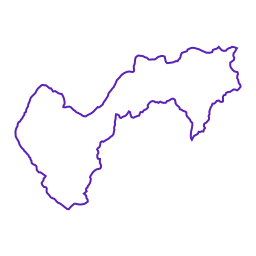 the district of Santa Bárbara, Minas Gerais, Brazil
{"feature_id": "56859067B69434918593037", "entity_name": "Santa Bárbara", "entity_type": "district", "adm_level": 2, "iso_a3": "BRA", "parent_name": "Brazil", "parent_adm1": "Minas Gerais", "projection": "mercator", "projection_center": [-43.456, -20.054], "detail": "fine", "context": "isolated", "style": "outline", "palette": "violet", "viewbox_px": 256, "rotation_deg": 0, "n_neighbors": 0, "source": "geoboundaries", "source_scale": "gbopen_adm2", "svg_char_len": 5034}
<svg xmlns="http://www.w3.org/2000/svg" viewBox="0 0 256 256"><path d="M205.1,128.0L204.0,126.4L203.9,124.9L204.4,123.6L206.2,122.7L207.7,121.0L208.9,119.6L209.1,118.0L208.6,116.0L209.6,114.0L209.3,111.9L209.8,110.0L210.5,108.0L211.8,105.6L212.5,103.7L214.0,103.7L215.2,102.8L216.7,101.0L218.8,100.5L220.2,101.7L221.7,101.9L222.9,101.5L223.0,99.5L222.9,96.6L224.0,95.1L225.4,94.9L226.0,93.0L227.8,92.1L229.9,91.9L232.1,90.5L233.7,89.4L235.7,89.7L237.1,90.4L238.4,89.4L239.5,88.1L240.6,86.8L240.2,84.7L238.9,83.2L238.5,81.7L238.1,79.8L237.1,78.0L237.3,75.9L238.0,74.1L237.5,72.1L234.4,71.4L233.0,70.2L231.5,68.4L230.4,66.6L230.2,65.0L230.3,62.6L232.0,61.4L233.9,59.9L234.3,57.9L233.3,55.8L233.6,53.3L235.0,51.6L236.0,49.7L236.9,48.2L234.6,47.3L232.1,46.8L230.4,47.8L228.7,48.3L227.3,49.1L225.9,50.7L223.8,50.9L221.9,50.3L220.1,48.5L218.7,46.9L217.1,48.5L215.1,49.1L213.0,49.9L212.2,52.1L209.6,52.8L207.8,52.7L206.3,52.7L204.8,51.9L203.2,51.3L201.8,50.7L200.4,50.0L199.1,49.3L197.7,48.9L196.2,48.5L194.5,48.0L192.7,47.8L191.0,48.0L189.2,48.9L187.7,49.5L186.9,51.2L184.9,51.9L183.3,52.4L181.8,53.0L181.0,54.6L180.5,57.0L179.8,58.6L178.4,59.8L177.6,61.2L175.8,61.1L174.2,61.9L172.9,62.4L171.3,62.6L169.1,62.9L167.0,63.1L165.9,61.9L165.5,60.3L165.1,58.9L164.7,56.6L162.6,55.9L161.1,56.0L159.8,56.5L158.1,56.9L156.8,58.0L155.3,59.2L153.8,59.5L152.2,59.3L150.7,59.6L148.9,59.6L146.8,57.7L144.7,57.2L143.5,56.3L141.5,55.9L139.9,55.8L138.4,55.5L137.1,56.2L135.8,57.3L135.2,59.1L134.9,61.8L134.6,64.3L133.8,66.0L133.8,68.0L134.1,69.6L133.9,71.2L132.8,72.0L131.2,71.8L129.3,71.5L127.3,71.8L125.4,72.5L123.7,73.4L121.8,74.8L120.6,76.1L119.6,77.5L118.3,78.7L116.9,80.2L116.0,82.2L115.2,84.3L114.3,85.7L113.7,87.2L112.4,88.4L111.3,90.0L110.2,91.4L109.2,92.5L108.4,93.7L108.1,95.4L107.4,97.0L106.5,98.2L105.7,99.6L104.3,101.4L103.2,103.1L102.7,104.6L101.6,105.4L100.3,106.5L98.9,107.4L97.6,107.1L96.5,108.4L95.1,109.8L93.6,111.5L92.4,112.5L91.0,113.4L89.3,114.3L87.6,115.1L85.7,116.4L83.4,116.1L82.1,115.4L80.8,114.3L79.4,113.7L78.2,113.0L76.3,112.2L74.9,110.7L73.5,109.9L72.0,108.4L70.7,107.1L69.3,106.6L67.4,106.8L65.5,107.3L63.4,107.2L63.5,105.6L64.6,104.0L64.6,102.4L64.4,100.8L63.9,98.4L62.9,96.0L61.7,93.9L59.7,93.7L58.3,93.2L56.9,92.2L55.3,91.1L53.0,91.5L52.0,89.7L51.0,88.3L49.6,88.4L48.6,87.4L47.4,86.5L46.0,85.3L44.5,85.3L43.0,84.9L41.4,85.3L40.1,86.6L38.9,87.6L37.8,88.7L36.6,90.5L35.5,92.8L34.3,94.2L32.7,95.6L30.8,97.7L30.1,99.6L29.7,101.1L29.0,102.7L28.3,104.1L28.0,106.4L27.0,108.0L26.2,109.8L26.0,111.9L24.6,112.7L24.3,114.9L22.9,116.8L22.3,118.3L21.1,119.5L20.0,121.5L18.4,122.4L17.7,124.2L17.5,126.2L16.3,128.2L15.7,130.3L15.4,132.3L15.7,134.4L15.6,136.0L16.2,137.5L17.3,139.3L18.7,141.8L19.5,144.4L20.8,146.6L22.1,148.3L23.4,149.3L24.4,151.1L25.7,152.1L26.8,153.6L28.3,155.0L29.2,157.0L30.3,157.9L30.5,159.5L31.4,160.7L31.7,163.1L33.2,164.3L35.1,165.0L36.4,166.3L36.7,168.2L36.7,169.8L37.6,171.0L38.7,172.3L40.5,172.3L42.1,173.5L43.6,174.5L45.7,176.1L44.8,177.5L43.7,178.3L43.5,180.3L42.6,181.4L41.6,183.1L42.4,185.2L43.9,186.9L45.9,187.2L46.8,188.5L46.6,190.3L46.6,192.0L47.6,193.5L48.8,194.7L49.7,195.9L50.8,197.4L52.3,198.1L54.1,198.7L55.5,200.0L56.6,201.5L58.1,202.8L59.6,203.3L61.0,204.2L62.2,205.1L63.5,206.1L64.6,207.1L65.9,208.0L67.2,209.0L68.7,209.2L69.9,207.8L71.2,206.4L72.7,205.1L74.2,203.8L75.5,203.7L77.2,204.1L79.1,204.5L81.8,204.4L84.6,203.8L86.3,202.7L87.8,201.6L87.6,199.6L86.4,198.0L86.3,196.0L85.4,194.8L83.9,193.6L85.5,192.3L86.7,191.3L86.0,190.0L86.2,188.4L87.6,187.4L87.8,186.0L88.9,184.9L90.0,182.9L90.6,180.7L90.8,178.8L90.0,177.2L90.8,175.5L91.7,174.1L92.8,172.4L94.7,170.6L96.3,169.5L98.1,169.0L99.9,168.7L100.9,167.5L101.0,165.2L99.9,163.0L99.8,161.3L100.0,159.0L97.9,158.7L97.3,157.1L97.3,154.9L98.4,152.9L98.1,151.1L97.1,149.4L98.3,147.8L99.6,146.9L100.2,144.8L100.5,142.4L102.1,141.3L103.4,141.8L105.2,140.6L107.4,139.3L109.2,138.3L110.5,136.9L112.4,135.6L113.5,134.0L113.9,131.8L114.4,129.9L114.1,128.3L114.3,126.7L115.1,124.8L114.8,122.3L115.1,120.7L115.6,118.8L115.7,116.4L116.0,114.3L117.8,114.6L119.2,115.6L119.6,117.4L121.0,118.0L122.8,116.8L125.1,116.0L126.7,114.7L127.7,113.2L128.9,111.4L130.0,112.1L130.4,114.0L131.0,115.8L131.6,117.2L133.3,117.7L135.5,116.8L137.2,116.1L139.2,115.5L139.7,113.9L140.5,112.1L142.5,112.2L143.8,110.3L145.7,109.5L147.0,108.6L148.0,107.4L147.7,105.2L149.2,103.2L150.6,101.8L152.2,101.1L153.8,101.2L155.5,102.3L157.1,102.1L158.5,102.9L160.1,101.6L161.9,102.5L163.6,102.9L165.9,102.7L167.0,101.1L169.2,100.5L170.6,99.5L171.8,98.8L173.4,98.7L174.8,99.7L175.4,101.3L175.5,103.2L176.8,105.2L178.3,106.3L179.4,107.5L179.8,109.2L181.3,109.7L182.7,110.6L184.1,111.2L185.8,111.7L186.5,113.2L186.4,114.8L187.0,116.4L188.4,117.8L190.0,119.6L190.8,121.6L192.2,122.7L192.4,124.4L192.2,126.2L191.9,127.9L191.6,129.5L191.2,131.0L191.0,133.1L190.8,134.7L190.8,136.2L191.0,138.3L191.9,139.8L192.9,137.8L194.1,135.9L195.5,135.2L196.7,134.5L198.0,133.7L198.6,131.8L200.1,132.0L201.5,131.4L203.4,131.5L203.9,129.5L205.1,128.0Z" fill="none" stroke="#5b21b6" stroke-width="2"/></svg>